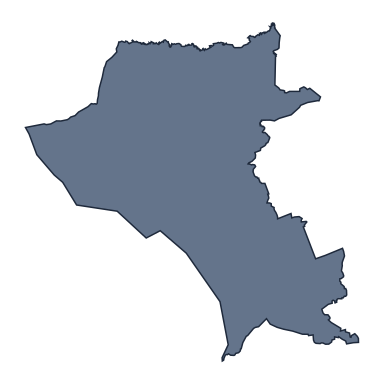 Šēderes pag., Ilukstes, Latvia
{"feature_id": "27541924B25331011014428", "entity_name": "Šēderes pag.", "entity_type": "district", "adm_level": 2, "iso_a3": "LVA", "parent_name": "Latvia", "parent_adm1": "Ilukstes", "projection": "mercator", "projection_center": [26.237, 55.885], "detail": "fine", "context": "isolated", "style": "filled", "palette": "slate", "viewbox_px": 384, "rotation_deg": 0, "n_neighbors": 0, "source": "geoboundaries", "source_scale": "gbopen_adm2", "svg_char_len": 5837}
<svg xmlns="http://www.w3.org/2000/svg" viewBox="0 0 384 384"><path d="M25.5,127.5L29.1,134.0L36.8,154.7L54.2,175.0L62.7,182.3L76.6,205.0L117.2,211.2L146.2,238.0L160.2,230.7L186.3,253.2L220.0,301.6L228.2,344.7L222.1,357.7L222.3,361.0L223.6,360.2L223.8,359.6L223.6,359.3L224.5,357.1L225.3,355.2L226.2,354.5L227.3,354.7L228.5,353.8L230.6,355.2L234.0,355.4L234.8,355.0L235.7,353.4L238.6,352.7L240.3,350.9L240.5,349.0L241.2,348.8L242.8,342.7L246.3,336.2L247.6,335.6L253.6,328.4L255.3,327.4L258.6,326.7L266.5,318.7L270.2,324.1L277.1,327.3L283.6,329.2L292.7,331.1L302.4,334.2L308.1,334.3L308.6,335.6L313.1,334.9L313.5,340.1L314.4,342.3L316.0,343.3L320.2,343.6L321.3,342.9L323.0,343.0L325.5,344.2L328.8,344.1L331.6,342.0L332.0,340.0L334.6,339.2L334.6,336.9L338.3,337.6L338.7,336.7L342.2,339.2L345.7,341.0L346.6,343.9L353.4,342.7L358.5,342.4L358.4,338.4L357.3,336.3L354.8,333.7L351.6,335.5L351.0,337.3L350.2,337.1L349.5,333.0L345.5,331.8L345.4,329.6L340.5,331.0L340.8,328.3L331.2,322.5L328.4,319.9L329.9,318.7L329.9,317.4L328.0,314.8L324.6,314.7L323.0,312.9L321.8,309.2L328.3,304.3L332.2,303.2L332.0,301.1L333.1,300.2L334.4,300.8L335.1,302.9L335.7,302.6L336.7,302.2L336.3,300.7L336.9,300.6L336.9,299.5L338.1,298.7L341.8,298.8L342.0,297.7L343.3,297.8L344.3,296.2L345.7,296.3L346.7,295.0L346.5,290.3L345.7,288.5L344.4,288.6L344.1,286.5L340.8,283.7L340.9,282.2L339.8,281.1L339.8,278.8L341.2,278.6L343.5,276.8L343.7,275.7L342.8,273.0L341.5,271.0L341.5,270.3L342.3,265.6L342.1,264.0L342.3,262.2L344.5,256.0L343.6,251.3L342.5,248.3L325.3,255.4L315.6,258.8L303.3,226.9L304.7,226.3L304.3,225.1L306.8,222.0L306.2,221.4L301.3,221.9L301.2,220.4L302.1,218.5L299.1,216.6L294.5,217.0L291.8,217.9L291.0,213.5L277.6,218.8L277.6,217.2L277.1,215.2L275.9,212.5L274.4,210.2L274.0,208.5L274.1,207.5L271.3,206.1L271.2,203.6L269.7,203.0L267.0,202.9L267.8,200.2L268.8,198.1L268.4,195.9L267.7,194.2L268.8,193.9L264.9,183.4L261.5,183.4L260.8,182.4L259.7,181.8L259.7,181.1L259.4,180.7L259.5,180.3L258.9,179.4L258.7,178.1L257.6,178.2L256.9,177.0L255.7,176.9L254.5,175.8L253.0,171.7L253.3,171.0L253.1,170.2L253.5,169.0L255.0,167.3L255.6,166.4L254.7,164.9L252.6,164.5L251.3,164.9L250.6,164.3L248.1,163.9L248.8,162.9L251.9,161.4L255.3,158.0L255.6,155.0L254.9,152.5L260.4,150.4L260.7,148.1L264.7,145.8L265.8,144.6L266.1,143.4L267.9,142.5L269.7,137.9L269.7,137.3L269.0,136.8L269.0,136.4L267.9,135.7L267.3,134.6L264.8,132.4L263.6,132.7L262.5,132.3L262.5,131.4L263.7,130.4L263.9,129.4L264.5,129.1L264.7,127.9L263.6,126.5L262.5,126.6L262.6,126.2L260.9,125.8L261.1,125.7L260.6,125.3L260.8,124.8L260.0,124.5L260.2,123.7L259.8,123.2L260.1,122.7L260.4,122.9L260.6,121.9L261.0,121.3L261.4,121.3L261.2,120.7L261.5,120.2L270.2,120.1L274.5,120.9L279.1,118.4L291.2,114.8L299.5,107.3L300.6,105.3L307.6,102.5L317.5,100.7L319.0,100.8L320.5,96.9L309.8,88.3L307.3,89.5L305.6,87.9L303.8,86.9L299.9,88.7L299.7,91.4L289.6,91.4L286.4,92.9L284.6,92.6L284.6,91.0L283.8,90.5L280.1,89.9L278.8,88.0L274.9,85.0L275.5,56.8L276.2,56.1L275.7,55.3L276.3,54.6L275.6,54.0L275.6,54.5L275.2,54.6L275.3,53.9L274.4,54.0L273.6,53.4L273.5,53.0L274.1,52.7L273.2,51.4L273.8,50.7L277.4,49.4L279.0,48.0L279.2,42.7L279.8,37.5L280.2,35.7L274.7,28.1L275.0,27.9L274.4,25.5L274.8,25.2L274.0,23.3L273.6,23.2L273.2,23.8L272.9,23.1L272.4,23.0L272.2,23.7L271.4,24.0L271.4,24.7L273.0,25.2L270.7,26.3L271.2,26.7L270.8,27.2L270.0,26.9L270.6,27.7L270.7,28.3L270.1,28.9L269.7,30.5L269.2,31.0L268.4,30.9L266.3,32.5L265.0,32.1L264.8,32.4L265.0,33.1L264.7,33.4L263.8,32.4L263.5,32.8L262.4,32.8L261.5,33.2L261.8,33.8L261.6,34.3L260.9,33.6L260.9,33.1L260.5,32.9L259.9,33.7L259.6,33.6L259.8,34.4L259.4,35.3L258.0,34.7L255.4,36.5L255.4,37.0L254.9,37.4L254.4,37.4L253.4,36.5L250.9,36.3L250.2,35.6L249.8,35.8L247.8,37.8L249.3,38.3L249.5,38.8L249.2,39.4L249.3,40.2L250.4,41.5L249.7,42.4L248.2,43.1L247.9,44.0L243.7,45.4L241.9,47.3L240.8,47.6L234.7,47.7L233.7,47.1L232.4,44.8L227.3,44.4L226.8,44.2L226.2,43.2L224.6,44.8L223.2,45.0L222.8,44.5L223.9,44.2L224.1,43.9L223.8,43.1L220.9,42.4L219.4,43.0L218.3,42.5L216.9,43.2L213.3,43.7L213.5,45.4L212.1,46.2L211.3,45.5L209.5,45.8L209.9,47.0L210.6,47.4L206.9,49.4L206.0,49.6L205.3,48.9L204.6,50.0L204.4,49.3L203.6,49.7L203.1,48.5L202.7,48.8L202.7,49.5L202.2,50.0L200.1,50.9L199.7,50.4L200.3,49.8L199.0,49.1L198.9,48.5L198.2,48.2L198.1,48.9L197.1,48.7L197.4,48.2L197.4,47.3L196.9,47.4L196.2,46.1L195.1,45.9L194.9,46.9L194.1,46.8L193.4,44.1L192.3,43.5L191.9,43.7L192.2,44.6L191.2,45.1L188.9,45.2L189.0,44.5L188.4,44.4L186.9,45.8L185.8,45.2L185.0,46.3L184.3,46.5L181.6,46.3L181.2,45.9L180.9,44.7L179.0,43.5L176.8,43.7L175.6,44.3L174.2,43.8L173.3,44.3L171.8,43.7L171.8,44.9L170.8,45.2L171.1,46.4L170.9,46.8L170.1,47.2L169.2,46.0L169.3,44.7L169.5,44.6L168.5,43.2L168.2,41.8L167.5,41.9L165.2,39.9L163.9,40.3L163.3,42.1L162.4,41.4L160.5,43.0L159.4,42.1L158.8,42.7L159.3,43.7L158.8,44.4L158.4,44.0L157.7,44.1L156.2,42.8L155.5,43.6L153.5,43.7L153.8,42.9L151.5,41.8L151.6,42.5L150.5,42.4L150.0,43.6L149.2,42.9L149.3,43.5L148.4,43.7L148.2,44.1L147.4,44.0L147.4,44.4L147.1,44.6L145.8,44.6L145.4,44.1L144.7,44.3L144.6,44.0L144.9,43.7L144.5,43.5L143.7,43.8L143.8,42.9L143.3,42.7L142.9,43.0L143.1,43.3L142.8,43.8L142.3,43.4L141.6,44.1L140.7,43.4L140.9,43.0L140.7,42.7L138.4,42.6L137.6,42.0L138.0,41.6L137.0,42.0L136.3,41.4L135.9,41.9L133.8,41.9L133.6,41.2L132.5,40.2L132.2,40.5L132.5,40.7L132.5,42.0L129.2,43.7L128.9,43.5L129.1,43.1L128.4,43.0L127.3,41.6L125.7,41.1L125.3,42.0L124.5,42.3L121.8,41.2L120.0,42.0L118.9,41.9L118.0,45.3L116.3,48.8L116.8,52.0L111.9,57.3L106.6,61.6L104.9,66.7L104.2,67.7L102.3,77.1L99.5,87.3L98.5,93.1L98.4,95.9L97.5,99.7L97.2,103.2L96.9,103.7L96.1,104.2L95.1,103.7L93.3,104.0L91.3,103.6L88.0,106.7L78.6,112.0L75.1,115.6L70.6,117.1L69.1,118.6L67.3,119.7L60.9,121.0L56.4,120.9L50.8,123.9L49.2,124.2L46.3,124.6L44.1,123.9L25.5,127.5Z" fill="#64748b" stroke="#1e293b" stroke-width="1.5"/></svg>